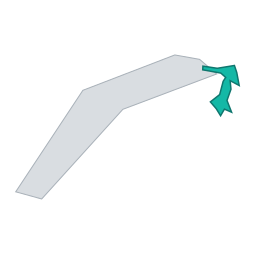 Bermuda, with Sandys highlighted, rotated 183°
{"feature_id": "BMU-5141", "entity_name": "Sandys", "entity_type": "state/province", "adm_level": 1, "iso_a3": "BMU", "parent_name": "Bermuda", "parent_adm1": "", "projection": "albers", "projection_center": [-64.87, 32.287], "detail": "fine", "context": "in_parent", "style": "filled", "palette": "teal", "viewbox_px": 256, "rotation_deg": 183, "n_neighbors": 0, "source": "natural_earth", "source_scale": "10m", "svg_char_len": 533}
<svg xmlns="http://www.w3.org/2000/svg" viewBox="0 0 256 256"><g transform="rotate(183 128 128)"><path d="M175.0,163.3L85.1,203.4L60.1,200.3L42.3,186.6L134.1,146.4L210.5,52.6L236.8,58.4L175.0,163.3Z" fill="#d9dde1" stroke="#a8b0b8" stroke-width="1"/><path d="M25.0,196.0L22.3,189.1L19.2,176.3L28.5,180.6L27.2,172.1L30.6,160.7L25.4,149.2L32.7,151.9L36.2,145.1L40.9,151.9L47.1,158.4L38.2,166.2L35.4,179.6L33.1,183.6L38.2,187.7L56.4,190.0L56.4,193.7L42.0,192.3L25.0,196.0Z" fill="#14b8a6" stroke="#0f766e" stroke-width="1.5"/></g></svg>